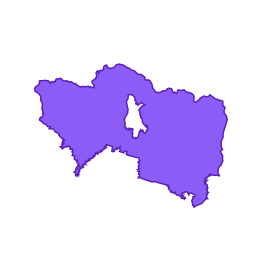 the district of Bogor, Jawa Barat, Indonesia, rotated 195°
{"feature_id": "22746128B99423643145371", "entity_name": "Bogor", "entity_type": "district", "adm_level": 2, "iso_a3": "IDN", "parent_name": "Indonesia", "parent_adm1": "Jawa Barat", "projection": "albers", "projection_center": [106.799, -6.545], "detail": "fine", "context": "isolated", "style": "filled", "palette": "violet", "viewbox_px": 256, "rotation_deg": 195, "n_neighbors": 0, "source": "geoboundaries", "source_scale": "gbopen_adm2", "svg_char_len": 5796}
<svg xmlns="http://www.w3.org/2000/svg" viewBox="0 0 256 256"><g transform="rotate(195 128 128)"><path d="M171.9,84.3L170.4,83.5L168.4,83.6L168.9,82.0L166.0,80.0L166.7,79.3L165.1,78.3L167.4,77.9L166.7,77.7L167.4,76.5L166.6,75.7L167.0,75.2L167.7,75.5L167.6,72.6L168.7,71.5L166.8,70.7L166.2,68.4L165.6,68.6L166.0,69.2L165.2,68.6L165.3,69.1L164.7,69.1L165.2,69.6L164.8,70.3L163.9,69.9L164.4,70.8L163.6,70.9L164.5,72.0L163.6,73.1L164.0,74.0L164.7,74.0L163.8,74.3L164.4,74.9L163.6,75.6L164.0,76.6L161.8,77.7L162.3,78.7L161.2,78.7L162.1,80.0L161.3,80.2L161.7,81.0L161.0,81.1L160.8,82.2L159.7,82.1L160.4,82.6L159.7,84.1L160.0,84.6L159.2,84.4L158.4,85.2L158.9,85.4L158.2,86.8L157.0,86.4L156.2,87.5L156.2,88.0L157.2,88.3L154.3,89.7L154.0,90.6L154.6,91.0L154.1,91.6L153.6,91.3L152.9,92.3L153.4,92.5L152.8,92.7L153.2,93.7L152.6,94.0L153.2,94.6L152.5,96.0L152.1,95.3L151.6,95.7L151.0,95.2L150.9,96.1L150.3,95.5L150.0,97.0L148.7,97.2L148.7,98.8L147.6,98.5L147.8,99.2L147.0,99.1L146.6,100.3L146.9,100.7L145.5,101.5L145.8,102.9L145.3,102.7L145.3,103.5L144.7,103.1L145.0,104.3L144.3,104.2L144.8,104.6L144.6,105.7L143.8,105.5L144.6,106.2L143.7,106.7L142.9,106.1L138.2,106.2L137.5,101.2L136.8,101.2L135.1,101.8L135.0,102.4L135.8,103.0L135.4,104.0L133.6,104.8L133.2,104.4L132.8,104.9L133.2,105.8L132.6,105.4L131.6,105.9L130.8,107.4L130.7,105.8L129.6,105.2L130.2,103.2L125.8,102.9L125.0,105.1L122.9,105.1L123.1,102.6L121.8,102.4L121.7,101.7L109.6,101.9L109.0,100.2L108.2,99.6L108.2,98.9L109.2,98.4L108.8,97.9L109.3,97.1L107.6,95.9L108.2,93.7L107.4,92.9L107.3,91.5L106.7,91.5L107.2,91.0L106.8,89.8L107.2,89.8L106.5,89.4L107.0,88.9L105.5,88.9L106.0,86.6L105.3,86.6L105.7,86.1L104.3,85.0L104.3,83.9L105.3,83.3L105.2,82.7L104.9,83.1L92.0,82.1L90.1,82.3L88.8,83.1L76.8,83.0L75.4,82.3L75.3,83.2L74.3,83.2L74.1,82.2L72.9,81.6L73.4,80.7L72.8,80.5L73.0,79.5L71.5,79.1L70.3,77.3L69.6,78.1L69.3,77.3L67.6,77.0L67.0,77.6L65.9,76.9L65.6,77.8L65.2,76.8L63.3,76.2L64.0,76.0L59.8,75.8L58.0,73.9L56.0,74.5L55.2,73.8L54.5,75.0L55.2,75.2L55.1,75.8L56.7,75.7L57.9,76.8L57.4,77.4L58.7,77.1L59.2,77.6L58.4,78.9L58.7,79.3L56.8,80.2L56.1,81.4L54.1,81.4L52.0,79.2L51.4,81.5L49.0,81.3L45.6,80.3L45.7,78.7L47.4,78.4L47.0,75.7L47.5,75.5L47.5,73.9L46.1,71.9L45.6,70.0L44.5,69.9L43.9,68.7L43.3,69.0L42.8,70.0L37.3,74.2L34.5,79.6L33.3,80.1L34.2,80.3L33.6,81.1L34.6,81.9L34.3,83.3L34.9,84.3L34.0,84.9L34.6,85.9L33.8,86.6L34.9,86.8L35.3,88.7L36.3,89.4L35.7,90.0L36.4,91.0L35.7,90.5L35.4,90.9L36.8,91.8L37.3,91.5L36.4,92.3L36.7,93.5L37.8,93.6L38.5,95.0L39.5,94.1L39.3,95.6L40.2,95.8L40.3,97.0L38.4,97.1L37.9,97.9L39.2,97.6L40.4,99.1L39.3,99.0L40.0,99.4L38.8,99.8L39.3,100.8L36.3,103.3L37.4,103.5L36.9,104.7L32.9,104.5L28.8,105.6L27.4,105.4L27.4,105.8L28.3,106.3L29.9,108.9L30.2,112.8L29.4,115.1L28.6,116.1L27.9,121.0L28.9,122.8L29.2,125.4L32.8,129.3L31.1,131.6L33.0,133.8L34.5,139.0L33.8,144.1L34.8,147.2L34.3,161.6L35.9,164.8L39.1,167.7L39.7,169.5L39.5,172.6L42.5,175.0L43.3,178.4L51.1,178.8L57.5,181.3L57.8,180.1L59.6,178.6L63.2,178.4L66.1,175.4L66.3,174.2L68.2,171.5L70.1,170.2L71.7,171.3L72.1,175.1L73.2,176.7L75.6,177.9L81.5,178.0L83.8,179.4L86.2,178.0L89.5,177.7L89.9,177.0L89.5,175.6L90.3,173.8L92.3,174.9L93.7,173.7L96.1,177.2L98.7,177.0L100.1,176.2L100.9,174.1L103.6,173.1L106.4,170.5L110.1,169.7L114.3,172.7L116.4,176.8L119.1,179.4L121.3,179.7L122.8,178.8L124.1,179.5L124.9,181.4L128.1,182.8L130.1,183.0L132.2,182.4L136.5,184.8L140.4,185.1L141.9,186.0L144.6,186.1L148.9,187.6L153.3,187.4L155.7,185.9L157.3,182.8L160.4,180.9L163.1,181.0L164.8,183.2L166.3,182.5L167.4,180.6L167.0,178.7L167.4,177.5L168.0,176.6L169.8,176.5L170.4,175.7L170.4,173.5L171.5,175.1L172.4,175.2L173.1,173.3L171.6,169.7L172.3,167.5L171.9,167.5L174.9,164.0L174.1,162.4L172.1,160.7L171.1,158.2L173.4,157.8L174.8,158.2L175.6,157.3L177.2,158.1L179.5,156.8L182.7,156.4L183.7,155.3L184.7,155.7L185.8,155.3L189.4,156.7L190.0,157.4L191.2,156.8L194.9,158.0L196.9,157.2L198.3,157.8L198.7,157.1L200.1,157.6L200.9,157.0L202.8,157.0L206.1,158.7L206.8,157.8L210.0,156.9L210.5,153.7L211.8,153.7L212.4,152.6L213.5,153.0L214.5,152.1L214.7,151.0L217.1,152.9L220.1,152.6L225.7,150.6L225.2,149.0L225.6,146.4L227.4,144.5L228.6,142.0L227.0,139.2L224.0,138.6L220.4,136.1L219.5,132.0L218.6,131.9L218.2,130.6L216.9,129.7L216.3,125.0L215.8,125.0L216.0,124.2L213.9,120.9L214.2,119.7L213.5,119.6L213.4,117.2L213.9,116.2L214.8,116.1L214.7,115.0L215.8,114.6L215.6,112.8L212.2,111.6L211.4,110.7L207.7,110.0L206.2,108.6L203.2,108.9L204.0,106.9L199.5,107.7L197.6,105.6L192.8,104.4L193.0,103.2L189.6,101.1L188.6,100.7L186.8,101.1L187.8,100.6L187.4,99.7L186.6,99.6L187.7,98.9L187.6,98.0L187.1,96.7L186.8,97.5L185.8,96.6L186.1,96.2L187.4,96.2L186.6,95.5L187.6,95.0L186.6,93.6L188.5,92.3L185.9,91.0L183.5,94.1L182.0,93.8L180.8,95.2L179.0,94.8L179.0,93.4L178.3,93.4L178.2,92.5L178.0,92.4L175.9,93.1L175.4,91.4L176.0,90.4L174.5,89.4L174.8,87.0L172.3,87.1L171.9,84.3ZM117.9,120.0L120.1,119.6L120.6,120.6L121.3,120.5L121.8,121.4L122.0,123.7L122.3,123.4L122.9,124.8L122.9,128.2L124.4,128.3L124.4,127.6L126.0,126.7L125.9,128.0L126.7,128.2L127.4,126.5L129.1,126.3L129.0,127.3L130.3,127.3L130.5,128.1L130.8,127.7L131.7,129.2L131.9,131.8L132.9,133.1L133.6,136.0L134.2,135.2L132.2,142.1L132.8,145.9L136.4,152.9L135.6,156.5L136.3,160.1L135.1,160.8L132.0,160.9L129.2,159.1L128.4,156.5L126.7,155.2L126.9,152.8L126.1,154.1L125.5,154.1L125.9,153.4L124.4,152.6L121.4,156.0L117.7,154.6L120.4,152.5L122.2,148.2L120.8,146.6L119.5,143.3L118.6,143.1L118.4,141.5L116.4,140.1L115.6,137.3L112.4,134.6L111.1,135.0L111.1,135.6L110.2,135.4L109.6,134.3L110.5,133.7L108.8,132.9L108.9,130.3L109.5,130.4L109.2,129.8L110.2,127.4L111.6,127.6L112.9,129.4L113.6,128.7L114.0,129.6L114.6,128.7L115.0,129.1L114.9,128.5L116.0,128.1L116.0,122.1L116.6,120.8L118.1,120.6L117.9,120.0Z" fill="#8b5cf6" stroke="#5b21b6" stroke-width="1.5"/></g></svg>